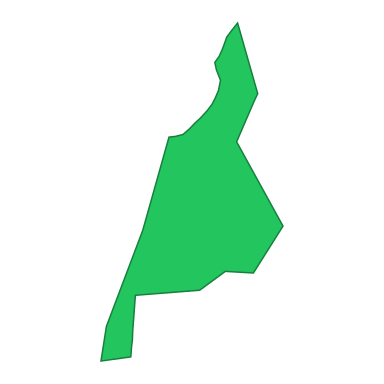 Lagoinha do Piauí, Piauí, Brazil (orthographic projection)
{"feature_id": "56859067B7695377468194", "entity_name": "Lagoinha do Piauí", "entity_type": "district", "adm_level": 2, "iso_a3": "BRA", "parent_name": "Brazil", "parent_adm1": "Piauí", "projection": "orthographic", "projection_center": [-42.63, -5.813], "detail": "fine", "context": "isolated", "style": "filled", "palette": "green", "viewbox_px": 384, "rotation_deg": 0, "n_neighbors": 0, "source": "geoboundaries", "source_scale": "gbopen_adm2", "svg_char_len": 540}
<svg xmlns="http://www.w3.org/2000/svg" viewBox="0 0 384 384"><path d="M142.7,230.5L106.4,326.4L101.0,361.0L130.8,356.9L131.6,346.4L132.4,340.0L132.7,331.5L135.4,295.3L199.7,290.2L225.3,271.4L253.4,273.0L283.0,226.1L236.6,141.8L254.3,100.9L257.7,93.6L237.6,23.0L231.5,30.7L226.8,37.0L224.2,44.3L222.0,50.1L219.1,56.4L214.8,62.4L216.4,69.8L220.5,80.3L218.5,90.4L215.1,98.4L212.0,104.3L207.4,110.4L200.2,118.3L194.9,123.1L189.5,128.8L182.9,134.5L175.3,136.4L169.0,137.1L142.7,230.5Z" fill="#22c55e" stroke="#15803d" stroke-width="1.5"/></svg>